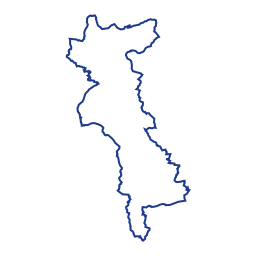 Pestisani, Gorj, Romania (Equal Earth projection)
{"feature_id": "2599482B71789206417746", "entity_name": "Pestisani", "entity_type": "district", "adm_level": 2, "iso_a3": "ROU", "parent_name": "Romania", "parent_adm1": "Gorj", "projection": "equal_earth", "projection_center": [23.026, 45.127], "detail": "fine", "context": "isolated", "style": "outline", "palette": "blue", "viewbox_px": 256, "rotation_deg": 0, "n_neighbors": 0, "source": "geoboundaries", "source_scale": "gbopen_adm2", "svg_char_len": 5781}
<svg xmlns="http://www.w3.org/2000/svg" viewBox="0 0 256 256"><path d="M185.3,200.7L184.5,198.5L184.3,195.3L187.0,193.7L189.2,190.2L188.7,190.2L188.3,189.7L188.0,188.5L187.4,190.3L187.1,190.2L187.2,189.6L186.5,189.5L187.2,188.2L187.0,187.6L186.7,187.7L185.2,186.3L183.7,185.5L184.7,182.5L184.3,182.4L184.5,180.8L182.5,181.1L180.5,181.8L176.4,182.1L175.2,181.2L174.5,180.2L175.3,177.6L176.0,177.1L176.0,176.2L176.4,175.6L176.2,175.1L177.1,174.7L178.0,173.2L177.5,173.2L177.8,172.0L177.8,170.5L177.2,168.8L177.7,168.2L178.0,168.4L178.2,167.9L178.1,167.5L179.4,166.3L179.4,165.4L174.5,164.9L174.5,163.6L170.6,163.0L170.5,163.4L168.6,162.9L170.1,160.8L166.2,159.0L168.9,158.9L170.4,154.1L166.2,154.3L166.7,152.7L166.2,151.9L166.5,151.4L165.6,150.4L165.4,149.6L162.2,150.4L160.1,146.5L158.6,146.1L157.7,145.3L157.2,145.7L156.7,145.4L156.4,143.3L155.7,142.3L154.1,141.9L150.9,139.8L150.2,139.0L150.1,138.0L149.3,136.6L148.4,135.6L148.1,133.9L147.4,133.2L147.1,132.3L146.4,131.3L145.7,130.9L145.0,129.3L146.0,129.8L146.7,129.7L148.9,127.8L152.0,128.3L154.6,127.5L155.6,127.7L154.9,126.1L154.9,124.1L154.0,122.4L154.3,118.7L149.8,114.6L149.1,113.3L146.9,113.2L146.4,113.8L145.4,112.4L145.0,112.3L145.0,112.0L144.0,111.9L143.0,111.3L142.0,109.6L142.1,109.2L141.4,107.5L141.9,107.1L141.9,106.2L142.7,105.6L143.1,103.1L142.6,102.1L141.1,101.8L139.7,100.6L139.6,99.1L140.3,98.1L139.0,97.2L139.3,96.7L138.2,94.7L138.9,93.4L139.5,90.9L139.8,90.5L139.0,90.3L137.7,89.2L136.6,89.1L138.1,87.6L138.0,86.4L139.6,85.4L139.7,83.9L140.7,82.9L140.8,82.0L140.5,80.9L138.2,79.2L141.1,76.6L142.4,74.7L141.1,74.0L140.8,73.4L132.9,71.2L131.7,68.7L131.9,65.2L131.2,61.3L130.1,59.9L127.5,58.6L125.9,55.2L126.3,53.6L127.7,52.1L131.0,51.2L130.7,50.7L131.2,50.5L132.9,50.4L135.1,50.8L136.1,51.4L137.6,52.8L138.9,53.2L139.6,53.2L143.3,51.7L143.9,51.1L145.6,48.2L147.8,46.8L150.3,46.4L150.9,46.1L150.7,45.7L151.7,43.2L153.4,42.2L154.4,39.9L155.9,39.0L156.5,38.0L159.0,36.9L157.4,34.6L155.4,32.2L154.1,31.5L154.8,29.3L154.5,28.7L154.5,27.4L155.9,25.9L155.9,23.9L156.4,22.8L155.8,21.2L156.0,20.5L154.6,19.6L152.0,19.8L150.3,19.2L149.5,19.7L149.0,19.7L147.7,20.2L146.5,21.2L145.1,21.2L143.1,22.7L141.0,23.0L139.3,24.6L133.1,25.9L130.5,27.3L128.1,27.7L128.3,27.1L129.6,26.0L129.8,25.4L129.5,25.3L126.7,26.7L125.0,26.9L124.4,28.2L124.4,28.6L122.2,29.3L120.6,29.3L117.4,27.9L114.5,24.1L111.2,25.4L108.5,28.1L103.1,29.0L101.8,28.9L101.6,28.4L100.9,28.0L100.4,27.1L98.5,26.1L97.7,24.9L96.4,20.6L96.4,19.8L96.0,19.3L95.9,18.1L96.2,17.8L95.0,15.5L94.1,15.4L93.2,16.0L92.7,15.8L91.9,16.0L90.4,15.5L88.2,16.8L86.9,18.8L87.2,21.0L86.8,22.1L87.8,24.6L87.3,26.4L85.1,29.9L84.3,32.3L84.3,34.2L84.8,36.1L84.0,36.9L84.3,38.8L83.4,39.3L82.4,41.1L80.8,40.9L79.3,40.2L78.9,40.2L78.6,40.6L78.1,40.5L76.5,39.5L69.8,38.8L70.1,39.6L70.1,44.2L71.2,46.7L71.2,48.7L70.8,49.4L69.7,49.3L69.0,49.9L68.6,51.2L69.2,51.9L69.0,52.9L69.3,53.6L68.4,55.0L67.1,55.2L66.8,56.1L66.8,56.9L69.9,59.1L71.2,61.0L72.3,60.7L74.1,62.7L75.8,63.0L75.8,63.9L76.9,66.4L77.4,66.1L79.2,66.0L80.0,66.6L81.5,66.6L82.8,67.5L84.1,67.4L84.7,68.1L85.5,68.1L85.6,68.7L83.9,69.9L84.8,70.8L84.3,71.3L84.5,71.8L86.3,71.3L87.4,71.6L88.0,71.1L88.5,72.1L89.6,71.2L90.2,71.6L90.5,72.2L89.8,73.2L88.9,73.5L88.8,75.0L87.6,75.6L88.3,76.2L89.4,76.1L90.3,77.6L90.1,77.9L89.0,78.0L88.7,78.6L87.9,79.1L88.2,80.2L90.4,80.5L90.8,79.8L91.8,80.5L93.9,80.6L94.2,80.8L94.2,82.0L95.7,82.3L97.1,82.1L98.5,83.5L98.5,83.8L97.9,83.7L97.1,84.0L96.7,85.1L94.6,85.7L89.0,89.5L88.3,90.7L85.8,93.2L85.0,94.6L83.7,99.2L82.7,101.4L78.8,104.7L78.5,105.3L78.4,106.3L77.6,107.7L77.6,110.3L77.9,111.0L77.8,111.6L78.9,112.7L79.0,113.3L79.5,113.8L79.9,115.0L79.8,115.7L80.2,116.4L80.1,117.3L81.0,117.6L80.3,118.4L80.8,119.2L80.5,120.0L81.0,121.5L80.8,122.6L81.7,123.4L81.7,125.7L83.0,125.7L83.9,125.1L84.3,125.5L84.9,125.1L87.9,125.0L91.2,123.4L93.4,123.1L95.5,123.3L96.5,123.9L98.0,124.1L99.1,124.8L100.4,125.1L102.9,127.2L103.4,128.0L102.6,129.6L102.6,131.9L103.5,132.4L103.9,133.4L104.9,134.9L105.1,135.0L105.1,134.7L106.6,135.2L107.8,135.0L108.6,135.4L112.2,138.6L114.1,140.9L115.3,143.0L119.5,146.5L119.3,148.5L116.8,151.6L116.9,152.8L117.4,153.3L117.0,154.7L117.4,154.8L117.0,156.2L117.5,156.2L118.3,158.0L119.1,162.7L120.2,165.6L122.0,168.0L121.7,169.2L120.7,169.9L120.2,171.8L120.9,172.4L120.8,173.3L121.2,174.5L121.2,175.7L119.2,177.8L119.2,178.6L119.9,180.3L121.7,182.5L121.1,183.1L121.1,183.8L120.1,184.1L120.1,184.5L119.4,184.9L119.3,185.5L119.5,185.9L119.2,186.3L119.5,187.6L119.0,188.6L119.1,189.3L117.7,190.5L118.3,191.2L122.7,194.3L128.5,194.7L128.6,195.6L129.6,196.3L129.0,197.1L129.3,197.4L129.3,197.8L129.9,198.1L129.9,198.7L130.2,199.1L129.8,199.2L129.8,200.2L129.0,200.9L129.2,201.6L128.8,201.6L128.9,201.8L128.6,202.3L128.1,201.8L127.6,202.2L128.3,203.4L128.3,205.0L127.6,205.9L126.2,206.8L126.1,207.8L126.4,209.0L127.2,209.8L127.2,211.2L127.0,212.0L128.1,212.9L129.2,213.1L129.2,214.1L128.4,215.9L128.2,217.1L128.5,218.0L129.5,219.2L129.6,221.6L129.3,222.2L130.1,224.0L130.4,225.3L130.3,226.0L130.7,226.7L130.4,227.7L130.7,230.1L131.7,230.8L132.3,230.9L133.6,232.9L133.5,234.0L134.0,234.5L134.4,235.9L135.0,236.1L135.1,236.6L137.2,236.2L138.7,236.5L140.0,236.1L140.4,236.7L140.0,237.4L140.7,237.4L142.0,239.4L143.0,239.9L142.6,240.3L143.1,240.6L144.9,239.1L145.2,238.3L145.1,236.8L147.0,235.0L147.1,233.7L147.9,232.1L148.0,231.3L149.2,230.4L149.7,228.5L149.6,228.3L145.4,226.9L145.7,225.2L144.3,223.0L145.1,220.6L145.9,216.1L145.0,216.3L144.5,215.4L144.7,214.8L143.1,214.3L142.5,214.5L142.6,213.7L143.4,212.7L143.0,212.6L143.3,211.6L142.3,210.2L142.6,207.1L146.5,207.4L148.7,205.8L149.7,205.9L150.2,206.4L150.7,206.2L151.6,207.0L154.8,206.6L157.9,205.7L160.1,204.6L163.0,203.9L165.5,204.6L165.6,205.2L170.1,204.9L178.2,201.8L185.3,200.7Z" fill="none" stroke="#1e3a8a" stroke-width="2"/></svg>